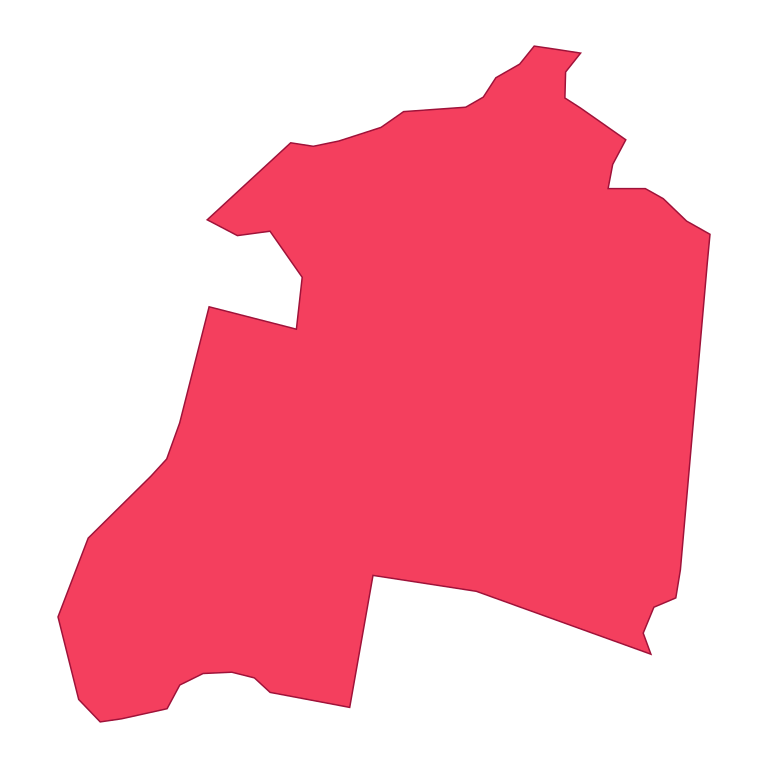 outline of Linha Nova, Rio Grande do Sul, Brazil
{"feature_id": "56859067B36754154474179", "entity_name": "Linha Nova", "entity_type": "district", "adm_level": 2, "iso_a3": "BRA", "parent_name": "Brazil", "parent_adm1": "Rio Grande do Sul", "projection": "orthographic", "projection_center": [-51.219, -29.456], "detail": "fine", "context": "isolated", "style": "filled", "palette": "rose", "viewbox_px": 768, "rotation_deg": 0, "n_neighbors": 0, "source": "geoboundaries", "source_scale": "gbopen_adm2", "svg_char_len": 757}
<svg xmlns="http://www.w3.org/2000/svg" viewBox="0 0 768 768"><path d="M100.2,721.9L121.6,718.8L141.5,714.4L167.1,708.7L179.8,685.0L203.1,673.5L231.8,672.2L254.4,677.9L270.1,692.4L349.7,707.4L373.0,575.4L476.3,591.3L650.9,654.2L643.2,633.1L653.9,607.2L675.8,597.9L680.4,569.8L707.3,262.9L710.0,234.3L686.6,221.1L663.3,198.7L645.3,188.6L608.1,188.6L612.7,164.4L625.8,139.8L580.6,108.1L564.9,98.0L565.6,72.0L580.6,53.1L558.0,49.6L534.2,46.1L519.7,64.1L495.9,77.7L483.3,97.1L465.7,107.2L403.6,111.6L381.0,127.4L338.9,141.0L313.3,146.3L290.7,142.8L207.2,219.8L237.4,235.6L270.0,231.2L302.2,277.3L296.4,329.2L209.1,306.8L179.7,422.9L166.7,459.0L151.0,476.1L88.2,538.1L58.0,616.9L78.7,699.5L100.2,721.9Z" fill="#f43f5e" stroke="#9f1239" stroke-width="1.5"/></svg>